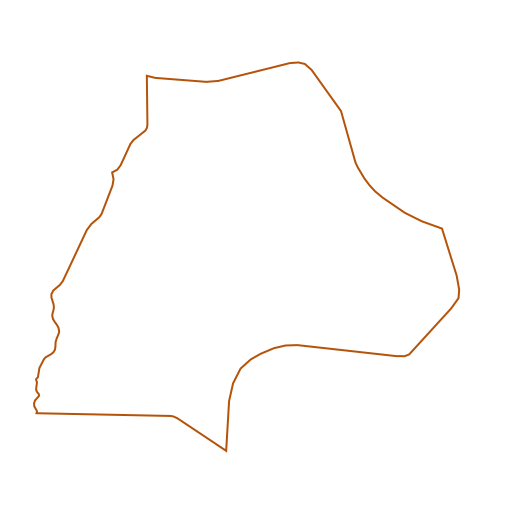 SVG path tracing the border of Kassala, rotated 186°
{"feature_id": "SDN-884", "entity_name": "Kassala", "entity_type": "State", "adm_level": 1, "iso_a3": "SDN", "parent_name": "Sudan", "parent_adm1": "", "projection": "orthographic", "projection_center": [36.251, 15.89], "detail": "fine", "context": "isolated", "style": "outline", "palette": "amber", "viewbox_px": 512, "rotation_deg": 186, "n_neighbors": 0, "source": "natural_earth", "source_scale": "10m", "svg_char_len": 1344}
<svg xmlns="http://www.w3.org/2000/svg" viewBox="0 0 512 512"><g transform="rotate(186 256 256)"><path d="M451.4,172.5L452.4,175.2L452.3,177.9L451.8,180.6L451.6,183.9L452.4,187.1L455.1,193.3L455.5,196.6L454.0,200.5L447.9,206.9L445.5,210.9L440.6,224.9L434.0,243.9L427.0,264.1L423.1,270.6L415.9,278.2L414.0,281.6L406.1,310.9L405.7,317.4L407.8,324.1L403.0,327.3L400.1,332.1L392.6,354.3L390.0,358.5L379.1,369.2L377.9,371.8L377.7,375.2L379.4,389.7L382.4,415.3L383.4,423.8L374.9,422.6L323.6,424.0L311.7,426.2L242.5,451.4L234.0,452.9L227.5,452.1L220.2,446.9L186.6,409.0L166.8,359.3L164.0,354.7L156.1,344.2L150.5,338.2L144.1,332.6L136.2,327.3L112.5,314.5L94.9,307.9L73.9,302.7L54.4,257.5L50.4,243.7L50.2,235.2L56.4,224.3L93.4,174.1L97.7,171.9L105.8,171.1L205.6,171.7L217.2,170.1L228.5,166.2L241.2,159.2L250.4,152.6L259.6,142.4L265.5,127.0L267.6,108.9L265.3,59.1L317.3,86.4L321.4,87.8L324.1,88.0L457.8,76.7L457.5,77.9L457.9,79.3L460.8,83.3L461.3,86.2L460.7,89.2L457.1,94.3L457.6,96.0L459.2,97.5L460.5,99.4L460.8,101.3L460.6,107.4L460.8,108.0L461.6,109.4L461.8,110.3L461.6,110.9L460.5,112.2L460.2,112.8L459.7,122.0L456.1,131.2L454.6,133.3L449.7,136.8L447.5,138.9L446.2,141.7L446.0,144.5L446.3,149.4L445.8,152.4L444.0,158.5L443.9,160.6L445.0,164.1L446.9,166.8L449.2,169.3L451.3,172.1L451.4,172.5Z" fill="none" stroke="#b45309" stroke-width="2"/></g></svg>